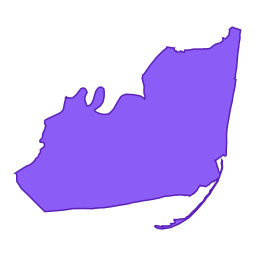 the district of Sfantu Gheorghe, Tulcea, Romania
{"feature_id": "2599482B99417492783544", "entity_name": "Sfantu Gheorghe", "entity_type": "district", "adm_level": 2, "iso_a3": "ROU", "parent_name": "Romania", "parent_adm1": "Tulcea", "projection": "equal_earth", "projection_center": [29.46, 44.925], "detail": "fine", "context": "isolated", "style": "filled", "palette": "violet", "viewbox_px": 256, "rotation_deg": 0, "n_neighbors": 0, "source": "geoboundaries", "source_scale": "gbopen_adm2", "svg_char_len": 5735}
<svg xmlns="http://www.w3.org/2000/svg" viewBox="0 0 256 256"><path d="M65.4,97.9L65.9,98.4L65.6,98.6L65.3,100.2L64.8,102.1L64.2,105.0L63.7,107.7L63.2,109.5L62.8,110.2L62.2,111.0L61.2,112.0L60.5,112.6L59.5,113.2L48.2,118.5L46.9,119.2L45.4,120.0L44.9,120.6L44.8,121.2L44.8,121.9L44.7,122.3L44.6,123.1L44.6,123.6L44.8,124.0L45.8,125.3L46.0,125.8L46.0,126.1L45.4,126.6L45.2,127.0L45.2,127.9L45.1,128.3L44.5,129.7L43.5,132.4L43.1,133.0L42.9,133.2L42.8,133.4L42.6,135.6L42.5,136.7L42.2,137.7L41.9,138.3L41.7,138.6L40.5,139.6L40.1,140.2L39.9,140.7L39.9,141.5L40.2,142.1L40.5,142.3L41.7,142.2L42.3,142.3L43.8,142.9L44.3,143.4L44.3,144.2L44.5,146.1L44.5,146.5L44.0,146.8L42.5,147.9L40.4,149.7L40.3,150.1L40.4,150.8L40.5,151.8L40.3,152.3L40.1,152.9L39.5,153.8L38.7,154.9L38.6,155.3L38.4,156.2L38.2,156.8L38.0,157.1L36.8,157.7L36.3,158.1L35.8,158.6L35.0,160.0L34.3,160.9L33.2,162.2L31.7,163.5L30.5,164.4L29.6,164.9L28.5,165.3L27.6,165.6L27.2,165.7L18.3,171.2L16.0,172.6L15.4,173.1L15.7,173.1L16.0,173.2L16.2,173.4L16.4,173.7L16.6,174.7L16.8,177.5L16.8,178.7L16.8,181.1L16.9,181.4L17.1,181.9L17.4,182.4L18.0,183.2L20.5,187.2L21.2,188.2L22.3,189.4L26.8,193.7L42.0,208.9L43.6,210.5L44.9,211.6L59.0,210.5L64.2,210.0L65.2,209.7L66.1,209.7L72.8,208.6L83.6,208.5L92.7,208.7L95.0,208.2L96.7,208.1L100.3,207.8L102.7,207.8L105.6,207.5L107.0,207.1L108.2,207.1L110.9,206.8L113.1,206.3L128.8,203.7L131.4,202.8L138.6,201.6L143.9,200.6L152.1,199.4L159.6,197.9L162.5,196.9L165.2,196.2L167.3,196.1L170.5,195.8L172.7,195.5L174.5,195.1L181.1,194.9L183.9,195.2L184.7,195.5L187.1,195.1L187.9,195.3L189.5,196.1L191.1,195.2L191.3,194.9L191.9,194.5L192.8,194.2L194.0,193.1L194.4,193.2L194.6,193.0L194.5,192.9L195.0,192.1L196.5,190.9L196.6,190.7L197.1,190.2L197.5,189.3L197.8,188.7L198.5,187.8L199.1,186.5L200.0,185.3L200.3,185.3L200.4,185.9L201.0,186.1L201.3,185.9L202.0,186.0L202.8,185.7L203.1,185.8L203.6,186.2L204.5,186.2L204.7,186.5L205.1,186.4L206.0,186.6L207.6,185.3L209.0,184.7L210.5,183.2L210.7,182.8L212.7,181.5L213.2,181.6L213.1,181.2L214.3,181.1L215.0,180.7L216.3,180.3L216.1,180.0L216.6,179.3L217.0,179.2L218.0,178.3L217.4,180.9L213.0,187.0L211.7,189.0L210.4,190.0L209.2,193.3L207.3,195.3L205.4,197.1L203.3,201.2L200.8,203.3L199.2,204.8L196.2,208.4L195.0,209.7L193.0,211.3L190.3,214.1L188.6,216.0L186.9,216.7L185.4,218.4L182.7,219.0L181.4,218.8L177.8,219.6L175.3,219.5L174.1,219.6L174.1,220.3L174.9,220.6L174.9,221.9L175.0,222.8L173.8,223.4L172.1,223.4L170.9,223.7L171.7,224.6L170.8,225.2L168.8,225.9L165.9,226.0L164.2,226.0L162.5,225.9L163.2,227.0L161.2,226.7L157.2,225.7L155.4,225.7L154.8,226.3L155.7,227.4L158.1,228.4L162.0,228.9L170.4,227.6L179.3,223.7L189.0,217.7L196.6,210.0L204.8,200.6L206.3,198.0L210.0,193.9L212.2,190.0L215.8,184.3L217.6,181.8L218.3,180.3L218.8,178.2L219.4,177.1L221.0,172.4L222.3,168.7L222.5,166.5L222.3,164.4L222.1,163.0L222.4,161.7L222.2,160.6L221.7,160.0L221.8,161.2L221.3,163.1L222.0,166.7L221.5,169.3L220.6,172.2L220.2,173.6L220.1,173.3L218.7,171.6L218.0,168.2L217.1,166.7L217.3,166.6L216.3,162.8L215.9,162.0L215.5,161.6L215.2,161.2L214.9,160.4L215.2,160.1L216.3,160.1L216.6,159.8L223.4,154.8L224.4,155.7L225.7,155.9L226.0,155.6L226.2,154.6L226.3,149.5L226.7,141.7L226.5,138.4L226.6,136.7L226.5,133.9L226.9,130.3L227.0,128.7L227.9,122.9L229.5,114.1L230.8,106.9L231.1,106.2L231.2,105.4L232.1,101.7L232.9,96.2L235.0,86.3L235.7,80.8L236.0,79.6L234.5,78.6L235.2,77.7L235.8,72.2L236.5,68.1L237.0,63.2L237.5,56.5L238.0,51.7L238.7,47.5L239.0,43.4L239.7,39.9L240.0,38.9L239.9,38.4L239.8,37.4L240.1,36.6L239.7,35.7L240.6,30.0L237.3,28.9L235.0,28.2L233.5,27.7L232.2,27.1L231.9,27.3L231.3,27.9L229.5,29.2L229.3,29.7L229.3,30.1L229.6,30.7L229.7,31.3L229.4,32.1L229.4,32.4L229.2,32.8L229.3,33.1L229.2,33.6L229.2,34.2L229.0,34.7L228.5,35.1L228.5,35.9L228.1,36.3L227.4,36.8L227.3,37.2L226.9,37.6L226.4,38.1L225.9,38.5L225.4,38.6L224.9,38.6L224.0,38.4L223.3,37.8L222.6,38.1L222.8,38.4L222.9,39.2L223.0,40.2L222.8,40.7L222.5,41.2L220.9,42.3L219.5,43.2L216.4,43.8L215.0,44.7L213.1,45.8L212.0,46.9L210.1,48.3L208.1,48.7L207.5,48.8L206.0,48.9L204.5,48.9L203.6,48.8L202.3,49.1L201.9,49.1L199.1,49.1L193.9,49.1L192.5,49.3L190.8,49.7L188.0,50.1L184.9,50.1L184.6,50.2L184.7,50.9L184.5,51.4L184.5,51.7L184.4,52.1L182.8,52.0L180.5,51.0L180.1,51.8L179.8,51.9L179.3,52.0L176.5,52.0L176.4,52.0L176.2,51.9L176.2,51.7L176.3,51.3L176.4,51.1L175.0,50.7L174.4,50.2L174.2,49.7L174.2,48.8L174.3,48.4L174.4,48.0L174.0,48.1L169.4,47.4L169.1,47.3L167.1,47.1L166.8,47.1L166.9,47.3L166.9,47.6L167.0,47.8L166.6,48.2L165.3,49.1L162.8,51.1L157.3,56.6L155.6,58.5L154.9,59.4L150.6,64.8L149.2,66.7L145.8,71.5L145.5,72.1L144.0,74.1L143.0,74.7L142.9,75.0L142.4,77.3L142.1,78.4L142.3,78.9L142.5,79.6L143.2,82.4L144.2,86.3L144.0,90.2L144.0,93.0L144.1,93.3L144.2,94.2L144.9,95.3L145.0,96.5L144.9,98.0L144.6,99.0L143.0,97.6L140.5,96.1L139.9,95.9L136.8,95.3L134.2,94.8L129.5,94.4L127.2,94.3L125.8,94.3L122.4,95.5L120.5,97.2L117.3,102.4L115.0,106.6L113.9,108.5L113.2,109.5L112.2,110.6L111.4,111.5L110.7,112.2L109.8,113.0L109.0,113.5L108.0,113.9L107.2,114.2L105.2,114.4L104.1,114.4L102.6,114.2L101.4,114.1L100.6,113.9L99.5,113.5L99.2,113.3L98.8,113.3L98.1,113.0L96.3,112.1L95.1,111.3L94.7,110.0L95.8,109.1L97.4,108.1L97.9,107.6L99.1,106.8L99.9,106.3L100.8,105.1L102.1,103.3L103.1,101.5L103.8,98.3L104.1,96.5L104.2,93.8L104.2,91.9L104.0,90.2L103.8,88.9L102.7,87.9L101.6,87.3L100.8,87.2L99.3,87.3L97.7,88.6L95.8,91.4L94.1,97.1L93.6,99.1L92.0,102.8L90.7,104.4L89.3,105.5L87.6,106.0L86.9,105.7L85.2,101.2L84.9,99.3L84.9,97.4L85.4,95.8L87.1,92.4L86.5,91.0L85.9,89.7L84.8,88.5L83.9,88.1L82.6,88.0L81.6,88.5L80.7,89.0L78.6,91.7L76.4,94.7L73.8,96.9L72.7,97.6L71.5,98.0L69.9,98.1L68.3,97.8L67.2,97.6L66.6,97.3L66.4,96.8L65.4,97.9Z" fill="#8b5cf6" stroke="#5b21b6" stroke-width="1.5"/></svg>